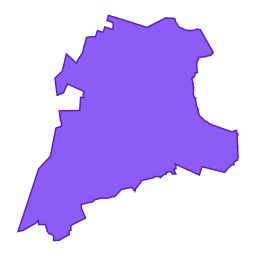 Oirschot, Noord-Brabant, Netherlands (Albers equal-area conic projection)
{"feature_id": "6326949B78651691159408", "entity_name": "Oirschot", "entity_type": "district", "adm_level": 2, "iso_a3": "NLD", "parent_name": "Netherlands", "parent_adm1": "Noord-Brabant", "projection": "albers", "projection_center": [5.295, 51.489], "detail": "fine", "context": "isolated", "style": "filled", "palette": "violet", "viewbox_px": 256, "rotation_deg": 0, "n_neighbors": 0, "source": "geoboundaries", "source_scale": "gbopen_adm2", "svg_char_len": 5017}
<svg xmlns="http://www.w3.org/2000/svg" viewBox="0 0 256 256"><path d="M200.2,29.6L199.0,29.6L198.8,29.5L198.0,29.4L196.7,29.1L196.4,29.1L196.1,29.2L196.0,29.4L195.5,29.8L194.6,30.3L194.1,30.4L193.6,30.5L193.4,30.3L193.2,30.3L192.7,30.5L191.4,30.4L190.9,30.4L190.1,30.5L189.6,30.5L189.1,30.4L188.7,30.5L188.4,30.5L188.0,30.2L187.6,30.3L187.2,30.2L186.8,30.2L186.0,30.1L184.5,29.5L182.2,28.3L180.9,27.9L180.7,27.8L179.1,27.0L178.8,26.8L178.6,26.7L177.7,25.4L177.6,25.2L177.3,24.2L177.1,24.0L176.4,23.2L176.2,22.8L175.9,22.1L175.3,21.2L175.2,21.0L175.2,20.9L175.1,20.6L175.0,20.2L175.1,19.6L175.2,19.2L174.2,18.4L171.2,18.1L170.8,18.2L170.1,18.4L169.9,18.2L165.7,17.9L164.9,18.3L164.2,18.7L164.1,18.8L161.1,20.3L158.7,21.5L147.0,27.4L136.8,24.2L126.2,20.8L122.4,19.6L122.0,19.5L120.5,19.1L108.5,15.4L108.3,16.0L107.7,18.0L107.0,20.5L113.1,22.6L113.2,24.9L113.2,25.3L113.2,26.0L113.1,26.7L113.0,27.1L112.5,29.4L104.8,27.0L104.1,29.3L103.8,30.5L103.4,31.6L102.7,32.3L97.6,30.5L97.3,31.2L97.1,31.6L96.8,32.2L96.6,32.8L96.4,33.6L96.4,34.1L96.4,34.5L96.3,34.9L95.6,36.2L95.5,36.6L95.4,36.8L95.2,36.9L92.4,36.7L91.7,36.6L89.2,37.0L88.5,37.1L86.7,37.3L85.9,39.7L85.5,41.2L85.1,43.0L84.7,44.4L84.1,46.4L83.7,47.8L83.3,49.9L82.7,52.0L82.4,52.7L82.1,53.4L81.7,54.1L78.3,59.2L78.0,59.8L77.7,60.3L76.5,62.9L76.4,63.1L66.4,53.9L65.3,58.3L64.9,60.4L64.3,63.2L62.8,69.0L62.5,69.7L61.9,71.6L54.9,78.2L57.2,95.3L63.6,92.8L66.2,86.8L67.5,84.0L72.0,86.0L80.6,89.9L84.3,91.5L83.0,94.4L83.5,96.9L84.0,97.6L80.6,97.3L79.7,110.5L59.2,110.8L60.4,119.6L60.6,121.1L61.4,122.0L61.5,123.1L61.4,123.1L61.6,124.3L61.4,125.3L61.2,125.3L61.1,125.9L60.9,126.6L59.6,126.9L59.4,127.0L57.4,127.5L56.7,127.7L55.9,128.2L55.7,129.1L53.9,138.4L50.4,156.3L38.7,168.9L29.8,196.0L25.1,210.2L24.7,211.3L23.7,214.4L18.6,229.7L18.6,229.8L18.1,231.3L18.0,231.5L22.8,230.5L31.1,225.8L33.4,224.3L35.2,223.7L38.0,220.5L38.0,220.8L38.0,221.0L38.6,223.7L38.8,224.6L45.2,224.6L45.4,224.9L45.5,225.1L45.7,225.6L45.9,226.1L46.2,227.9L46.3,228.0L46.9,229.0L47.0,229.3L47.0,229.5L46.9,230.3L46.9,230.6L46.9,230.8L47.0,230.9L47.2,231.2L49.1,233.6L49.3,233.9L49.6,234.0L50.8,234.2L51.1,234.3L51.5,234.5L53.0,235.3L53.2,235.5L53.3,235.6L53.7,236.7L53.7,237.0L53.6,239.1L53.6,239.6L53.5,239.9L53.6,240.1L53.7,240.5L55.3,240.5L56.8,240.4L57.8,240.4L58.5,240.2L60.1,240.0L60.2,239.9L60.6,239.3L60.7,239.2L69.3,234.5L69.2,230.7L70.9,230.3L70.8,225.5L84.1,218.7L84.1,218.8L85.5,218.0L85.6,217.9L81.6,208.9L81.1,204.4L92.6,201.8L94.4,200.2L94.3,199.8L99.5,198.5L105.9,198.0L106.0,198.4L115.0,196.3L116.5,194.7L121.4,189.5L131.8,187.4L134.9,191.3L135.7,188.6L141.3,181.6L141.3,180.9L141.2,180.6L153.5,177.7L154.4,176.7L158.5,176.5L160.1,177.5L160.3,177.6L164.4,174.3L166.3,174.0L166.2,172.4L167.3,172.4L168.6,171.6L170.8,171.9L171.4,172.3L171.6,172.5L172.5,174.1L175.8,173.9L173.7,169.5L176.0,168.7L175.9,167.6L175.8,167.0L175.8,166.9L175.8,165.9L175.7,165.6L175.6,165.3L175.0,164.0L178.1,165.4L199.4,175.0L202.0,166.7L214.1,169.7L224.8,172.3L226.6,170.0L227.0,169.4L230.2,166.1L230.5,165.8L230.9,165.5L231.3,165.3L231.8,165.1L232.2,164.9L232.6,164.9L234.0,164.7L234.0,164.1L233.9,163.8L233.9,163.6L233.6,163.2L233.5,162.9L233.5,162.7L233.6,162.4L233.8,162.2L234.0,162.0L234.2,161.9L234.5,161.7L235.3,161.5L235.4,161.4L235.5,161.3L236.1,160.5L236.3,160.3L236.4,160.2L237.0,160.4L237.3,160.4L237.5,160.3L237.5,160.1L237.3,159.6L237.5,159.3L237.7,158.9L238.0,158.3L238.0,158.0L238.0,156.2L237.9,154.9L237.8,153.2L237.7,146.9L237.0,147.3L236.9,147.2L237.6,146.7L237.4,145.9L237.6,145.7L237.5,142.1L237.4,141.4L237.3,137.4L237.2,134.7L237.8,134.9L237.8,133.9L237.2,133.7L236.7,133.5L236.7,131.6L236.6,130.5L236.6,130.4L236.4,130.4L236.4,130.5L234.0,130.8L233.0,132.1L231.6,131.7L211.2,124.6L210.8,124.3L208.8,123.6L208.0,122.4L206.7,121.6L205.3,121.1L205.1,121.1L199.2,115.4L198.8,113.5L197.9,110.6L198.2,110.2L198.4,110.0L197.3,107.5L196.7,106.5L196.6,106.2L196.4,105.6L196.4,105.4L195.8,101.7L195.6,100.6L195.6,99.8L195.5,99.3L195.6,97.9L194.8,97.9L194.2,97.8L194.2,97.5L194.1,96.8L194.0,96.0L193.8,95.5L193.5,95.2L193.3,93.6L193.5,92.3L193.5,92.1L193.6,91.6L193.5,91.0L193.4,90.7L193.6,89.7L193.6,89.0L193.5,88.7L193.4,88.7L193.6,87.7L193.7,87.1L193.7,86.6L192.9,85.9L193.2,84.5L193.0,83.3L192.8,82.1L192.7,81.4L192.1,79.8L192.1,79.6L192.0,79.4L192.0,79.0L192.0,78.5L192.0,78.4L192.2,78.0L192.7,78.1L193.1,77.9L193.2,76.8L193.7,76.7L194.4,76.7L194.5,76.1L194.6,75.5L194.9,74.9L194.9,74.6L195.0,74.4L195.0,73.8L195.2,72.9L195.7,72.9L196.6,73.0L197.1,72.5L197.5,72.3L197.0,71.1L196.9,68.4L196.9,67.9L196.7,67.6L196.6,67.0L196.6,66.2L196.8,66.1L196.7,64.2L196.8,62.8L196.8,62.5L197.9,60.3L197.9,60.2L198.1,59.6L198.5,59.5L198.6,59.4L198.6,58.4L198.6,57.6L198.8,57.4L199.2,57.3L201.3,57.1L202.7,57.0L202.9,57.0L204.4,56.8L204.7,56.8L205.1,56.7L207.8,55.9L208.0,55.9L209.8,55.6L210.6,55.1L211.0,55.1L211.8,54.3L212.8,53.2L213.1,52.9L213.1,52.7L213.1,52.3L206.7,40.9L206.4,40.8L206.2,40.5L206.3,40.3L204.7,37.6L204.8,37.6L200.2,29.6Z" fill="#8b5cf6" stroke="#5b21b6" stroke-width="1.5"/></svg>